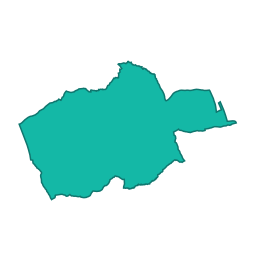 Alimpesti, Gorj, Romania, rotated 86°
{"feature_id": "2599482B52876702526181", "entity_name": "Alimpesti", "entity_type": "district", "adm_level": 2, "iso_a3": "ROU", "parent_name": "Romania", "parent_adm1": "Gorj", "projection": "orthographic", "projection_center": [23.791, 45.109], "detail": "fine", "context": "isolated", "style": "filled", "palette": "teal", "viewbox_px": 256, "rotation_deg": 86, "n_neighbors": 0, "source": "geoboundaries", "source_scale": "gbopen_adm2", "svg_char_len": 5820}
<svg xmlns="http://www.w3.org/2000/svg" viewBox="0 0 256 256"><g transform="rotate(86 128 128)"><path d="M116.6,236.3L138.0,229.8L142.4,228.8L148.1,227.7L153.0,227.3L153.5,225.3L154.7,225.2L155.3,225.3L156.8,225.0L157.2,224.5L158.2,223.5L158.9,223.4L159.2,223.0L159.9,222.6L160.1,222.2L160.4,222.0L161.2,221.8L161.6,221.6L162.2,220.5L162.8,220.1L163.4,219.3L166.2,217.4L167.4,217.5L168.4,218.2L169.6,218.5L171.6,218.3L172.7,218.0L176.4,218.0L178.0,217.1L178.7,217.0L180.6,216.2L181.8,215.2L182.9,214.8L183.9,213.8L185.8,213.3L186.9,212.4L188.5,211.8L190.1,210.8L192.5,210.1L194.1,209.2L193.7,208.6L192.5,205.9L191.5,205.4L190.3,205.3L190.0,205.1L189.5,199.7L189.6,198.1L190.3,196.7L190.5,195.5L191.3,194.9L191.8,193.9L191.7,193.3L191.5,192.5L190.3,190.6L191.8,189.2L191.7,188.7L192.3,186.6L192.3,185.2L193.0,182.7L193.1,181.6L192.9,180.8L192.9,180.2L193.6,179.9L194.3,177.5L194.4,176.6L194.3,174.4L193.9,173.4L193.7,172.4L192.9,170.7L192.5,170.3L190.4,169.1L188.5,167.4L188.5,166.9L189.1,163.5L188.9,160.5L188.6,159.8L187.6,158.1L185.3,156.7L183.8,155.1L184.0,154.5L183.8,153.5L183.1,152.5L182.0,151.3L179.6,149.9L178.2,149.5L177.3,147.5L176.3,146.5L176.1,145.2L175.2,144.6L175.0,144.0L175.1,143.6L175.5,142.9L175.6,142.0L176.1,140.6L177.0,139.6L178.9,137.1L179.0,136.7L179.0,135.3L183.6,135.4L186.2,136.4L187.6,136.6L187.7,136.2L187.5,135.6L187.9,134.9L187.8,132.9L188.1,132.4L188.0,132.2L188.1,131.9L188.6,131.7L188.5,131.3L188.8,131.0L188.6,130.6L188.9,130.3L188.7,129.8L188.6,128.7L188.4,128.1L188.0,127.9L188.3,126.8L188.0,126.6L188.1,126.2L187.7,126.1L187.8,125.8L187.3,125.3L186.6,125.0L186.2,124.2L186.1,123.6L186.1,123.2L185.9,122.9L186.0,122.4L185.4,122.2L185.5,121.8L184.9,121.6L184.8,121.4L185.5,120.5L185.5,120.0L185.3,119.6L185.7,119.3L185.6,119.0L185.3,118.8L185.6,118.4L185.3,118.1L185.7,117.8L185.7,117.1L185.6,116.3L185.3,115.9L185.7,115.5L185.5,114.6L185.1,114.2L185.2,113.5L185.5,113.0L185.6,112.6L185.5,112.2L185.3,112.0L185.2,111.6L185.3,110.3L184.3,109.9L183.9,109.1L183.2,108.4L182.7,108.1L182.8,107.6L182.2,107.1L182.5,106.5L182.4,106.0L181.7,105.3L181.6,104.8L181.2,104.8L181.1,104.3L180.7,104.1L180.7,103.6L180.6,103.4L180.1,103.5L180.0,103.1L179.5,102.9L179.5,102.5L178.8,101.7L178.2,101.5L177.8,101.7L176.6,101.5L176.4,100.3L175.8,99.8L175.6,99.1L175.2,99.0L174.7,98.3L174.3,97.6L174.3,97.2L174.2,97.0L173.3,96.2L172.4,96.3L171.9,96.2L171.8,95.7L170.9,94.2L169.9,93.3L169.4,92.5L168.7,92.1L167.6,90.2L167.2,90.0L167.2,89.6L166.5,88.5L166.1,87.4L165.5,87.0L165.0,86.3L164.9,85.9L164.3,85.4L163.1,83.7L163.2,82.9L163.6,82.6L163.4,81.9L163.6,81.3L164.3,80.2L165.6,78.9L165.7,76.7L166.0,76.4L165.2,75.0L164.7,73.8L162.2,75.5L159.3,76.4L156.9,77.7L154.9,78.1L153.0,79.4L152.3,79.5L150.3,79.5L146.8,80.6L146.2,80.9L145.4,82.1L144.4,82.1L144.2,81.8L143.6,81.9L141.5,81.0L140.9,81.3L140.3,81.1L139.1,81.5L138.7,81.9L138.4,82.5L135.2,82.8L133.9,79.8L132.7,77.6L133.3,77.4L133.6,77.0L133.9,76.3L134.2,74.7L135.3,72.5L135.4,71.5L135.7,71.1L135.8,70.1L136.5,67.7L136.4,67.2L136.9,66.4L135.9,62.4L135.9,61.6L135.5,59.7L135.5,58.6L135.9,57.7L135.9,55.2L136.2,54.4L136.2,53.5L135.8,51.3L134.5,51.4L134.3,49.8L134.1,47.4L133.8,46.7L133.7,45.2L132.7,41.7L132.9,39.2L133.4,36.7L133.5,35.7L133.3,34.5L132.7,32.4L132.7,29.9L132.0,28.5L132.0,28.0L132.4,26.1L132.0,25.6L132.1,25.2L131.9,24.7L131.3,23.9L130.5,19.7L129.8,19.9L129.2,20.2L128.6,21.0L128.4,21.7L128.2,23.2L128.3,26.9L128.2,28.5L122.3,29.8L116.7,31.3L108.3,34.2L109.4,35.9L116.4,33.5L116.9,35.2L118.3,38.7L113.2,39.0L110.6,39.3L106.7,40.4L104.6,40.8L96.7,43.7L95.9,44.2L96.0,46.9L95.9,49.1L95.3,51.1L95.3,51.7L94.5,55.1L94.2,57.1L94.4,59.3L94.8,61.7L94.9,63.6L94.6,65.0L94.4,66.4L94.5,68.5L94.0,72.1L94.1,73.7L94.8,75.8L94.9,76.7L95.7,78.8L96.1,79.5L96.9,80.6L99.6,82.8L102.3,85.6L103.0,86.8L103.5,88.1L102.9,88.7L102.1,89.0L100.4,89.3L99.1,89.3L96.6,89.8L93.5,91.0L90.2,93.0L86.8,94.0L84.9,95.2L84.2,95.1L83.6,95.5L82.8,95.6L81.8,96.3L81.0,96.2L80.1,97.1L78.5,97.3L78.1,97.2L77.5,97.5L76.7,97.4L76.6,97.6L76.0,98.0L75.8,98.5L76.1,99.0L75.6,100.1L75.4,100.8L74.8,101.9L74.7,102.0L74.3,101.8L74.2,102.5L73.0,103.0L72.8,103.3L72.8,103.9L72.5,104.1L72.1,104.6L70.6,105.7L70.8,106.2L70.2,106.5L69.4,108.2L70.4,108.8L70.4,109.0L69.5,109.4L68.8,110.2L68.0,109.8L67.8,110.5L68.0,110.8L67.8,111.4L67.1,112.1L67.4,112.6L66.8,113.2L66.7,114.9L65.5,116.2L65.8,116.8L65.5,118.2L65.1,118.5L65.2,118.9L65.1,119.1L63.7,119.9L63.5,120.3L62.8,120.2L62.9,120.7L62.7,121.3L62.8,121.6L62.8,121.9L62.6,122.3L61.7,122.8L61.6,123.2L61.7,123.6L62.1,123.7L62.9,124.4L63.1,125.2L63.6,125.6L63.3,126.2L63.2,126.7L62.9,127.2L62.8,127.7L63.5,130.7L63.3,132.0L63.4,133.1L63.8,133.4L65.3,131.8L68.3,130.1L69.2,131.5L68.9,132.0L70.3,132.2L71.6,132.0L72.5,133.1L72.7,133.8L73.4,133.6L74.4,133.6L77.1,134.0L77.0,134.7L77.3,134.8L76.9,136.2L76.8,137.1L77.7,137.8L77.3,138.6L80.8,141.2L81.5,142.1L81.6,142.6L82.4,143.2L83.3,143.4L83.9,144.1L84.0,144.7L84.3,145.3L87.1,146.7L87.9,147.8L88.0,148.1L87.8,149.7L88.0,150.2L87.5,150.7L87.8,151.2L87.4,152.3L87.5,153.0L87.6,153.7L87.9,154.1L87.7,154.5L88.4,154.5L88.4,154.9L88.7,155.2L88.5,156.3L89.0,157.1L88.6,157.4L88.5,158.4L88.2,159.0L88.2,160.1L87.5,162.2L87.7,162.5L88.2,162.8L89.3,162.4L89.4,163.1L89.2,164.2L88.9,164.8L87.8,165.7L86.8,167.0L85.9,167.3L85.5,168.3L85.7,169.0L85.3,169.6L85.5,170.6L85.6,174.3L86.4,175.4L87.2,177.9L87.7,178.6L87.8,179.0L88.2,179.2L88.6,182.3L88.4,183.2L87.1,186.8L86.9,187.0L87.4,187.6L89.0,188.9L90.1,189.5L91.5,189.9L92.6,190.8L92.8,191.5L94.4,192.2L95.7,193.0L95.6,193.4L95.1,193.7L94.4,195.1L95.0,195.5L95.6,196.4L95.7,197.0L96.5,197.9L96.3,198.1L96.4,199.4L97.4,201.2L97.7,204.2L100.8,208.7L102.9,210.9L104.7,215.0L106.9,217.1L107.6,218.4L108.3,219.3L109.4,222.8L109.6,224.8L110.4,226.8L112.4,230.0L115.4,233.5L116.3,235.1L116.6,236.3Z" fill="#14b8a6" stroke="#0f766e" stroke-width="1.5"/></g></svg>